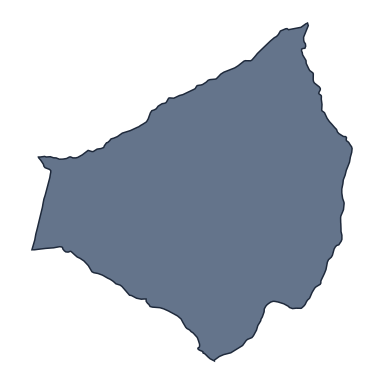 the district of Cevallos, Tungurahua, Ecuador
{"feature_id": "8360857B65795256666582", "entity_name": "Cevallos", "entity_type": "district", "adm_level": 2, "iso_a3": "ECU", "parent_name": "Ecuador", "parent_adm1": "Tungurahua", "projection": "robinson", "projection_center": [-78.612, -1.35], "detail": "fine", "context": "isolated", "style": "filled", "palette": "slate", "viewbox_px": 384, "rotation_deg": 0, "n_neighbors": 0, "source": "geoboundaries", "source_scale": "gbopen_adm2", "svg_char_len": 4327}
<svg xmlns="http://www.w3.org/2000/svg" viewBox="0 0 384 384"><path d="M38.4,157.0L38.5,157.6L40.7,160.2L42.1,162.3L43.3,164.1L44.0,166.4L45.1,167.7L49.5,169.4L50.7,170.5L50.8,172.0L50.4,174.0L49.8,177.7L45.2,195.1L43.9,199.1L42.9,204.3L42.7,205.5L42.5,206.7L42.3,207.7L40.5,215.1L37.3,228.4L35.8,234.2L34.8,239.9L31.9,249.8L34.4,249.8L38.1,249.3L45.7,248.4L52.2,247.9L53.6,247.8L59.6,246.7L61.5,246.9L62.5,247.5L62.8,248.9L64.3,250.8L65.8,251.9L68.1,252.1L70.4,251.3L71.1,251.5L74.9,255.0L77.2,257.0L80.0,258.3L83.9,260.9L88.3,265.6L91.9,271.7L93.8,272.7L98.0,273.5L102.4,275.1L107.8,278.2L108.9,278.7L110.2,279.3L112.9,281.1L114.2,282.2L115.9,283.8L120.1,285.1L122.0,286.5L129.5,295.2L131.4,295.5L136.5,298.2L141.3,299.2L144.0,299.0L146.1,299.0L146.2,301.4L147.2,302.8L147.8,303.6L148.6,304.1L149.4,305.3L150.1,306.5L152.3,307.1L160.0,307.7L163.8,308.9L168.5,311.0L177.5,315.9L181.1,319.0L183.0,322.6L185.7,327.2L186.8,328.4L187.8,329.0L189.7,330.0L190.1,330.5L191.1,331.6L193.1,332.9L197.2,337.4L197.4,337.8L198.4,340.5L199.0,342.4L199.5,343.9L199.6,344.9L199.6,345.7L199.5,346.5L199.4,346.9L199.1,347.3L198.4,347.7L197.9,348.2L197.9,348.5L198.0,348.9L198.4,349.5L200.2,350.5L200.6,350.7L201.0,350.7L202.9,351.7L202.9,352.0L202.9,352.5L203.0,352.8L203.1,353.0L203.5,353.3L203.8,353.3L204.0,353.3L204.3,353.3L205.4,354.4L205.5,354.4L208.1,357.0L210.3,358.9L210.6,359.0L214.4,361.0L214.4,360.1L217.7,357.7L219.3,356.5L223.7,354.6L230.8,352.8L242.6,345.5L246.2,340.5L247.5,339.4L251.9,337.6L253.4,335.8L256.5,330.1L257.8,325.6L260.7,320.8L261.0,319.2L262.3,317.0L264.1,311.9L264.3,308.9L265.8,306.2L267.1,304.7L268.5,303.6L270.7,302.1L273.1,301.3L274.9,301.4L278.1,302.0L283.8,303.8L288.2,306.2L289.5,307.5L292.6,308.6L296.1,308.2L300.7,308.3L301.4,308.2L302.0,307.7L302.8,307.0L304.1,305.8L304.9,304.8L305.5,303.8L306.2,302.2L306.5,301.7L307.1,300.7L307.7,299.9L309.0,298.8L309.6,298.1L310.0,297.3L312.1,292.4L314.7,288.1L315.9,286.9L320.2,284.3L320.8,283.2L320.9,280.9L321.3,280.0L324.4,273.5L326.0,269.5L327.4,262.1L328.5,259.7L331.3,257.2L332.4,255.3L334.1,249.1L335.2,247.1L336.6,245.5L338.8,244.8L341.2,241.2L341.9,239.3L341.9,235.2L341.0,231.4L341.0,229.1L340.8,223.7L340.7,222.8L340.6,217.9L340.8,216.1L342.3,212.6L342.4,212.4L343.5,209.6L344.1,203.6L344.0,202.4L342.6,198.4L341.8,193.0L341.8,189.0L342.9,183.7L343.3,179.9L345.1,175.2L346.3,170.3L347.4,167.6L349.5,162.2L350.4,157.0L351.7,152.4L352.1,148.6L351.6,146.8L349.9,144.4L349.1,143.0L348.3,142.0L347.5,141.5L346.5,140.7L346.3,140.1L346.2,139.2L346.5,137.9L346.4,137.5L346.2,137.2L345.6,136.6L344.7,136.6L343.3,136.4L338.9,133.6L338.2,132.8L337.5,132.1L336.5,129.4L335.4,128.3L334.2,127.0L331.8,124.2L330.5,122.8L329.4,121.6L327.1,118.3L324.5,112.7L321.9,110.7L321.7,110.1L322.0,104.5L321.3,99.1L321.4,96.8L321.3,95.8L320.6,95.0L319.7,94.4L319.2,94.0L318.7,93.2L319.2,91.9L320.3,89.8L320.3,88.4L319.3,86.9L314.4,83.0L313.5,81.5L313.2,79.6L313.3,73.9L312.9,72.9L309.7,70.5L308.8,68.9L306.2,63.4L306.0,60.5L302.6,54.8L302.2,52.3L301.5,51.0L301.7,49.1L302.8,48.5L304.9,48.3L305.7,46.2L305.4,43.8L304.1,41.9L303.7,40.1L303.6,37.2L308.3,25.6L307.5,23.0L306.0,23.7L301.0,27.3L292.1,29.0L288.5,29.7L287.0,28.6L285.6,28.8L280.4,31.0L278.3,34.6L276.5,36.5L274.3,37.7L270.4,41.0L265.8,45.4L265.7,45.5L260.9,50.1L257.3,53.6L255.9,55.4L254.3,57.3L251.8,60.1L250.5,60.8L245.3,60.7L244.0,61.1L237.9,65.9L234.7,67.9L223.8,72.2L222.4,73.1L222.2,73.3L221.9,73.4L220.8,74.1L216.4,78.7L215.4,79.1L211.3,79.5L211.0,79.5L209.6,79.7L208.1,80.3L206.3,82.1L202.6,84.5L201.0,85.0L198.1,85.4L197.2,85.6L196.6,86.2L195.2,88.6L194.4,89.1L182.9,94.6L179.5,95.5L173.8,98.2L169.7,97.9L168.6,98.2L166.6,101.8L165.8,102.8L164.4,103.3L162.1,103.7L160.6,104.6L158.1,106.2L156.3,108.7L154.5,109.8L151.8,110.7L150.4,112.8L148.2,118.9L146.8,121.3L146.0,122.2L142.3,124.5L141.0,125.2L139.8,126.0L138.7,126.8L137.4,127.3L130.3,130.6L122.3,133.1L117.4,136.6L113.4,138.3L113.1,138.3L111.2,138.9L110.5,139.4L110.0,140.4L107.7,142.5L106.5,142.8L104.4,145.7L103.7,147.5L101.2,148.5L97.1,149.1L93.3,151.5L92.1,151.6L88.1,150.4L82.2,154.9L77.9,157.3L77.5,157.5L76.4,157.7L76.3,157.8L75.8,157.9L72.9,157.9L70.6,156.9L69.4,157.0L66.6,158.5L62.9,159.1L59.4,159.2L56.1,157.9L53.6,157.8L50.3,156.7L46.3,157.0L44.6,156.4L40.3,157.0L39.5,157.0L38.4,157.0Z" fill="#64748b" stroke="#1e293b" stroke-width="1.5"/></svg>